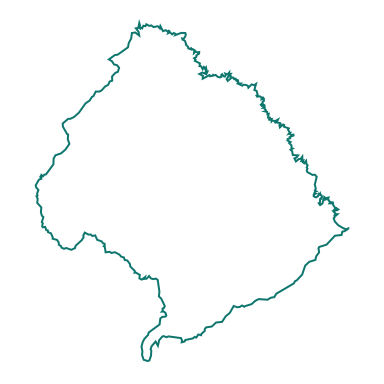 Sao Miguel Arcanjo, São Miguel, Cabo Verde
{"feature_id": "66160863B69203973191500", "entity_name": "Sao Miguel Arcanjo", "entity_type": "district", "adm_level": 2, "iso_a3": "CPV", "parent_name": "Cabo Verde", "parent_adm1": "São Miguel", "projection": "albers", "projection_center": [-23.626, 15.191], "detail": "fine", "context": "isolated", "style": "outline", "palette": "teal", "viewbox_px": 384, "rotation_deg": 0, "n_neighbors": 0, "source": "geoboundaries", "source_scale": "gbopen_adm2", "svg_char_len": 5892}
<svg xmlns="http://www.w3.org/2000/svg" viewBox="0 0 384 384"><path d="M245.0,307.1L244.3,306.4L251.6,304.1L255.3,300.8L258.7,299.1L267.6,299.7L270.6,297.8L274.3,297.1L276.3,293.7L293.7,283.5L295.0,281.2L296.8,280.3L302.2,274.5L305.2,265.6L309.3,261.8L315.4,259.9L316.2,256.3L319.1,252.4L318.5,248.2L319.3,246.9L326.5,244.7L335.0,235.7L341.5,235.0L342.3,231.7L344.4,231.2L346.3,230.1L348.3,228.6L348.3,228.4L346.4,229.3L343.6,228.4L338.2,225.2L334.8,221.5L333.7,218.2L334.7,217.2L334.5,215.6L336.1,215.5L337.5,214.2L335.2,214.2L335.4,213.4L333.2,211.1L335.1,210.6L334.2,209.8L334.7,209.1L337.4,210.1L338.3,209.4L336.1,208.3L335.8,208.9L336.0,208.0L335.2,208.0L332.8,204.3L333.0,202.5L331.0,202.3L330.9,203.3L329.5,203.3L330.4,201.9L329.2,201.2L328.4,199.6L329.0,199.4L327.8,199.2L328.5,197.6L326.6,198.0L326.5,198.8L324.3,197.0L324.2,198.5L325.5,198.6L325.6,198.9L324.2,199.1L324.7,199.8L323.3,200.3L322.4,203.6L320.1,205.1L318.8,203.2L319.9,202.8L320.2,198.9L321.2,198.8L320.8,198.3L322.1,197.1L321.5,195.3L319.7,194.9L320.5,194.8L320.2,193.7L319.9,194.3L318.8,193.7L318.0,196.2L315.9,197.4L313.7,196.3L313.6,195.0L315.6,193.7L314.3,193.3L315.0,191.6L316.2,191.3L314.9,190.4L315.8,188.7L314.8,184.6L316.7,176.8L314.9,174.7L312.5,174.9L307.4,172.1L306.7,170.3L307.5,168.6L306.7,167.6L307.6,165.2L306.5,164.1L306.1,160.9L304.3,163.3L302.8,162.2L303.4,160.4L301.4,160.9L302.4,158.8L302.3,156.6L300.7,158.9L298.9,159.0L295.9,161.4L294.4,158.4L296.4,157.6L298.1,155.4L292.8,155.0L292.2,151.3L290.6,149.8L292.7,148.5L291.5,148.1L291.5,145.4L289.1,143.0L290.5,142.0L287.4,140.4L287.8,138.9L290.0,138.3L289.7,137.1L293.5,135.5L293.4,134.6L291.3,135.0L289.6,134.0L290.0,133.3L288.9,133.7L289.8,132.5L288.0,129.7L288.8,128.4L284.0,126.7L284.2,125.0L283.1,124.5L279.9,127.4L279.4,125.1L280.6,124.5L280.4,123.2L275.9,122.3L274.6,123.1L275.8,121.7L276.8,122.0L278.0,119.5L275.0,121.2L272.5,120.5L271.6,121.4L271.6,119.9L270.3,119.8L271.1,119.0L269.3,119.1L269.8,117.7L268.0,117.5L268.7,113.9L267.4,114.3L267.2,111.9L265.0,111.4L266.0,111.1L265.8,110.0L264.4,108.6L264.7,107.6L263.6,107.7L264.5,107.0L264.2,106.7L263.8,107.3L263.5,107.2L264.5,105.3L263.8,104.8L261.7,105.9L260.8,104.7L262.6,103.3L262.4,102.2L264.0,100.7L263.7,99.2L263.0,99.2L263.8,98.6L263.0,97.6L261.5,99.0L261.5,97.4L259.8,96.3L257.2,96.7L256.5,95.6L257.7,94.9L256.6,90.9L254.4,90.0L256.0,83.9L254.1,85.2L251.6,84.4L248.4,87.7L247.9,85.8L245.8,84.9L243.2,84.8L242.3,85.7L239.4,84.3L240.5,83.5L237.6,83.4L238.2,82.2L237.4,81.4L238.1,80.8L237.7,80.0L236.2,80.4L235.5,77.9L235.3,79.3L234.2,79.2L233.2,77.5L231.5,77.8L227.7,80.9L226.6,79.1L228.1,76.8L231.6,75.9L228.8,76.1L230.7,73.8L228.8,73.8L229.0,72.7L227.5,74.4L225.3,73.6L225.8,74.9L224.9,76.6L223.7,76.3L222.1,74.2L221.2,75.1L221.3,76.9L220.2,77.4L217.8,76.9L215.5,74.9L213.7,75.5L213.0,74.9L212.5,75.8L210.0,76.2L209.5,75.1L202.7,78.7L202.9,75.7L199.4,74.0L202.4,72.5L206.3,74.2L207.5,71.5L206.1,71.7L206.8,71.0L205.9,70.1L206.4,69.6L206.2,68.5L205.7,69.9L205.4,68.4L204.8,69.2L205.0,68.2L203.9,68.7L204.9,67.8L203.9,66.9L202.7,69.2L201.2,66.4L199.8,66.1L200.6,65.3L200.1,65.6L199.6,64.7L199.9,63.4L194.8,60.8L195.5,59.6L194.1,58.2L196.3,57.0L196.5,55.3L199.1,53.6L199.2,52.1L197.4,52.4L195.7,51.4L194.0,53.0L194.4,50.0L191.2,48.5L190.6,47.4L191.1,49.4L188.2,48.3L188.0,46.8L185.4,44.2L186.0,44.4L185.9,43.4L184.8,40.7L182.5,39.6L182.2,38.5L183.6,38.8L185.1,36.8L185.8,34.6L185.3,33.0L181.2,32.9L175.5,35.0L176.0,34.2L173.8,33.0L172.2,34.4L170.0,32.3L168.3,33.1L169.3,31.1L168.8,30.7L167.5,31.6L165.8,30.2L163.0,31.1L160.4,26.1L159.9,28.4L157.8,26.2L153.6,27.1L151.3,25.4L149.3,25.9L146.3,24.3L145.5,26.2L143.3,25.7L142.2,28.3L141.2,27.7L140.4,28.7L139.4,27.4L140.0,25.2L139.3,23.0L138.3,27.9L135.9,28.3L138.6,31.9L139.2,35.5L135.3,32.5L131.9,33.0L131.2,38.5L128.8,42.9L128.0,47.3L117.8,54.6L114.8,55.1L108.9,59.4L111.9,61.2L114.1,64.5L116.9,65.1L119.1,67.8L117.9,71.8L115.3,72.9L112.1,76.4L112.2,80.7L109.7,81.5L108.2,84.8L105.0,86.6L101.5,90.5L99.5,91.5L95.7,91.6L93.5,96.1L91.9,96.9L89.6,100.6L85.5,103.4L78.9,112.7L73.9,117.1L70.4,118.8L68.2,118.8L62.7,123.5L62.9,126.6L67.0,133.9L68.1,134.5L67.8,139.3L69.4,143.9L65.5,149.5L61.2,153.3L55.4,155.3L53.6,158.7L53.4,164.3L46.0,174.4L44.4,174.6L43.0,176.2L41.6,175.1L41.5,176.2L41.0,175.7L40.3,176.8L41.2,178.8L38.9,179.7L35.7,185.3L36.2,187.4L38.4,190.0L37.1,193.6L37.5,195.6L36.5,196.2L37.7,198.7L37.2,202.9L41.3,207.4L40.9,212.3L41.9,215.7L43.4,217.1L41.8,222.2L42.8,223.2L42.1,226.2L42.8,227.3L45.2,226.9L46.3,230.1L47.8,230.4L48.0,232.1L50.9,233.3L52.8,237.4L52.6,238.7L57.0,239.9L58.7,242.4L58.9,244.8L61.1,246.2L61.5,247.6L64.1,248.8L66.2,248.0L71.3,249.8L75.0,248.1L75.6,245.8L81.8,240.1L83.6,237.3L83.3,235.4L84.8,232.6L88.5,234.6L90.7,234.5L92.4,236.0L95.2,235.4L97.2,239.8L101.7,241.4L102.9,243.2L104.6,243.8L104.7,245.5L103.8,246.2L104.8,246.9L105.6,252.3L109.6,251.8L111.5,253.0L114.9,252.2L119.3,254.5L121.4,256.8L124.0,257.5L124.6,259.9L127.3,260.5L129.8,263.8L130.4,266.6L134.8,271.0L134.6,272.7L135.5,272.4L139.8,274.9L139.4,278.4L141.8,279.6L144.9,277.2L144.3,278.9L146.6,278.7L149.1,276.0L150.9,278.4L153.3,279.1L155.9,278.6L157.7,279.9L159.4,291.5L158.9,296.4L161.2,298.6L164.8,306.1L163.9,308.1L162.5,308.6L162.8,310.6L162.0,311.6L163.6,311.5L165.5,312.9L166.3,315.5L165.7,316.5L162.1,317.0L160.3,318.5L159.6,324.5L148.7,332.5L148.1,334.9L144.5,338.7L142.7,342.1L141.5,346.6L142.4,351.2L142.1,355.3L143.7,359.8L147.7,361.0L149.4,360.4L151.0,355.7L151.3,350.6L150.6,349.3L151.5,346.4L155.6,341.5L157.9,345.7L159.2,340.1L162.4,336.5L163.6,336.1L166.4,337.2L168.5,336.4L181.0,338.1L182.0,340.4L181.7,342.3L184.7,341.4L185.3,340.0L192.9,338.4L194.7,336.9L196.3,337.6L198.3,334.5L201.1,335.2L201.4,333.9L204.7,330.9L204.8,329.0L206.1,327.4L211.8,326.5L216.1,322.5L222.0,321.9L225.7,316.3L229.8,312.9L233.7,306.0L237.0,307.2L239.6,307.0L242.0,305.5L245.0,307.1Z" fill="none" stroke="#0f766e" stroke-width="2"/></svg>